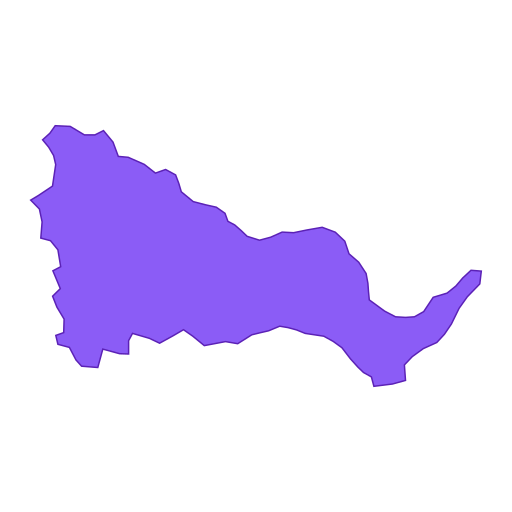 Santa Amélia, Paraná, Brazil
{"feature_id": "56859067B11032628031233", "entity_name": "Santa Amélia", "entity_type": "district", "adm_level": 2, "iso_a3": "BRA", "parent_name": "Brazil", "parent_adm1": "Paraná", "projection": "orthographic", "projection_center": [-50.399, -23.254], "detail": "fine", "context": "isolated", "style": "filled", "palette": "violet", "viewbox_px": 512, "rotation_deg": 0, "n_neighbors": 0, "source": "geoboundaries", "source_scale": "gbopen_adm2", "svg_char_len": 1458}
<svg xmlns="http://www.w3.org/2000/svg" viewBox="0 0 512 512"><path d="M481.3,271.1L471.0,270.3L462.8,277.9L455.9,286.0L447.1,293.1L433.2,297.3L423.7,311.6L414.4,316.8L405.6,317.4L395.5,316.8L384.6,311.1L369.3,299.9L368.5,291.7L367.9,283.3L366.1,273.5L358.7,262.2L349.0,253.8L344.8,241.2L335.3,232.2L322.2,227.3L306.8,230.0L293.6,232.7L282.1,232.1L270.7,237.2L259.5,240.2L247.1,236.3L241.3,230.7L234.8,225.0L227.9,221.3L225.0,213.3L216.3,207.2L205.1,204.7L193.2,201.6L181.3,191.8L178.8,183.4L175.6,174.9L165.6,169.5L155.4,173.1L144.3,164.4L128.2,157.3L118.3,156.4L113.0,142.1L103.5,130.6L94.9,134.9L84.4,134.9L70.2,126.4L55.2,125.7L49.9,133.2L42.6,139.8L48.7,147.2L53.6,155.5L55.7,164.6L52.5,186.1L38.4,195.5L30.7,200.1L39.4,209.0L42.1,221.9L40.8,238.1L50.5,240.7L57.9,249.8L60.7,266.7L52.9,270.8L60.3,288.6L52.6,296.2L56.9,307.1L64.1,319.1L63.7,332.6L55.8,335.4L57.9,344.3L69.4,347.4L76.0,360.0L81.6,366.2L97.8,367.5L102.8,349.1L119.6,353.7L128.6,354.0L128.6,340.7L132.5,333.4L149.3,338.3L159.6,343.2L173.2,335.7L183.5,329.7L192.8,336.2L204.3,345.6L225.5,341.6L237.7,343.7L251.8,334.8L259.5,332.9L268.6,330.8L279.7,326.2L288.0,327.6L296.5,329.9L305.2,333.4L323.8,336.2L333.2,341.4L341.9,347.7L350.5,358.9L357.9,367.1L363.5,372.5L371.4,376.9L373.9,386.3L392.5,384.0L405.5,380.4L404.4,364.9L412.3,356.6L423.3,348.6L436.8,342.5L444.4,334.3L451.4,324.0L459.1,308.3L467.3,296.8L479.8,283.9L481.3,271.1Z" fill="#8b5cf6" stroke="#5b21b6" stroke-width="1.5"/></svg>